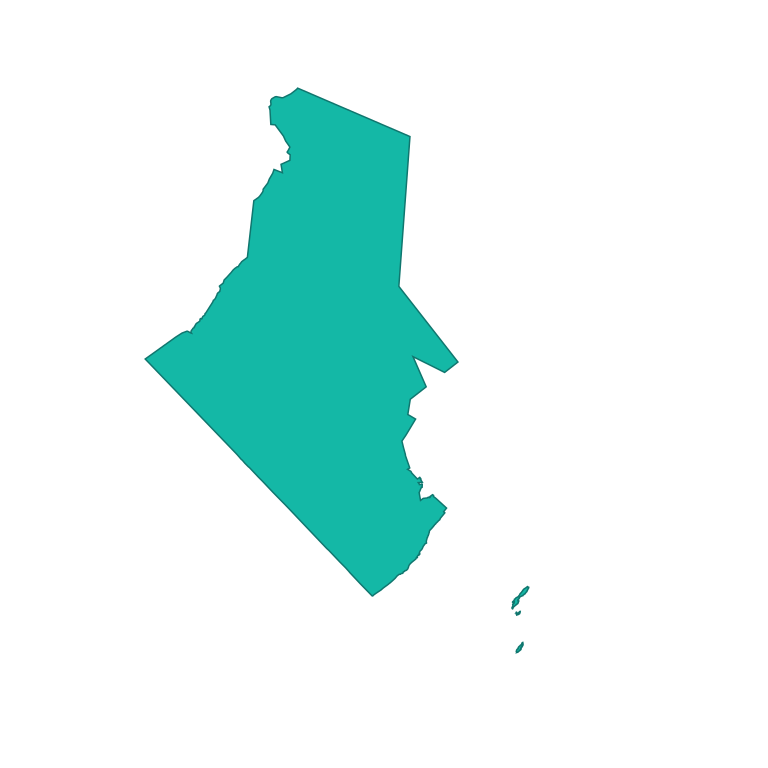 the district of Tijuana, Baja California, Mexico, rotated 232°
{"feature_id": "50627088B36536609271858", "entity_name": "Tijuana", "entity_type": "district", "adm_level": 2, "iso_a3": "MEX", "parent_name": "Mexico", "parent_adm1": "Baja California", "projection": "orthographic", "projection_center": [-117.002, 32.378], "detail": "fine", "context": "isolated", "style": "filled", "palette": "teal", "viewbox_px": 768, "rotation_deg": 232, "n_neighbors": 0, "source": "geoboundaries", "source_scale": "gbopen_adm2", "svg_char_len": 5959}
<svg xmlns="http://www.w3.org/2000/svg" viewBox="0 0 768 768"><g transform="rotate(232 384 384)"><path d="M563.0,556.8L670.3,498.1L670.0,496.6L670.0,489.2L671.7,481.0L671.9,480.5L672.4,479.8L676.8,476.0L677.0,475.6L677.3,475.1L677.8,471.8L677.8,471.0L677.3,469.6L676.7,468.8L674.2,467.3L673.7,466.8L673.4,466.2L673.2,465.5L673.2,464.1L670.0,462.8L658.2,454.6L655.2,457.8L641.3,457.4L636.0,456.1L628.6,455.7L626.8,451.7L626.6,450.8L626.3,450.4L625.3,450.4L622.4,451.2L618.2,447.6L620.5,438.1L613.0,434.0L620.8,429.4L618.6,426.1L616.1,419.8L613.9,416.2L611.9,408.7L610.6,407.6L610.0,406.5L608.7,402.3L608.3,400.0L608.6,394.3L567.9,354.3L567.9,350.7L568.0,350.0L568.0,347.1L567.4,345.1L567.3,344.2L566.2,341.3L566.7,340.6L566.8,339.7L566.8,338.6L566.9,337.8L566.7,335.2L565.9,332.0L565.7,330.6L564.9,326.2L564.4,322.1L562.5,319.4L562.5,314.9L562.5,314.7L562.0,314.3L560.9,314.3L560.2,314.0L559.0,312.9L558.9,312.5L558.0,311.6L558.1,310.7L558.0,310.1L558.1,309.4L557.6,307.8L557.1,307.4L556.7,306.5L555.5,304.3L555.1,303.2L554.9,302.0L555.0,301.0L554.5,300.5L554.4,300.1L554.1,299.7L550.0,288.2L549.7,287.4L549.7,286.4L548.8,285.5L548.6,284.3L548.8,283.3L548.6,282.5L548.2,281.7L547.5,280.7L547.5,280.4L548.3,280.1L548.4,279.9L548.3,279.5L548.4,279.0L547.2,277.9L547.0,277.5L547.0,275.6L547.2,274.3L547.1,272.8L546.6,271.6L546.2,271.2L546.2,270.5L545.7,269.9L545.8,269.5L545.3,269.1L545.5,268.2L545.5,267.7L544.9,266.2L544.9,265.5L544.4,264.5L543.9,264.1L543.6,263.7L542.6,263.6L543.3,263.1L546.3,261.8L546.9,261.3L548.5,256.2L549.2,248.6L550.7,211.2L418.8,224.8L412.4,225.1L411.3,225.4L407.0,225.6L402.0,226.2L401.9,226.3L401.0,226.5L387.9,227.7L382.1,228.4L367.2,229.8L346.7,232.1L289.6,237.6L286.8,238.1L271.1,239.6L262.7,240.6L257.0,241.0L256.9,240.9L241.4,242.3L224.9,244.1L224.3,244.2L223.9,244.7L224.1,245.7L224.0,248.8L223.6,253.9L223.5,254.5L223.7,258.0L223.6,261.3L223.5,262.3L223.6,263.0L223.5,263.6L223.6,265.7L223.5,266.3L224.0,273.0L224.7,276.2L224.7,278.7L224.0,279.8L224.0,281.0L223.5,281.7L223.4,282.7L223.9,283.2L224.0,283.8L223.8,284.3L223.7,285.0L224.0,285.5L223.5,286.6L223.4,287.2L223.6,288.7L224.4,290.2L225.7,292.0L225.9,293.0L226.2,293.9L226.4,296.3L226.5,301.3L226.7,301.8L227.2,302.5L227.3,303.2L226.7,303.3L226.7,303.5L227.5,303.8L228.0,304.9L228.0,305.3L227.7,305.7L228.0,305.9L227.9,306.2L228.1,306.2L228.3,306.6L228.3,306.9L227.9,307.0L227.9,307.3L228.2,307.3L228.3,307.5L228.6,307.2L228.7,307.3L228.9,307.7L228.9,308.1L229.5,308.3L230.1,309.5L230.3,311.6L230.7,312.7L231.1,313.5L231.9,314.9L232.8,318.0L232.7,318.6L232.5,319.3L232.5,319.6L233.8,320.3L234.6,321.2L236.4,323.6L236.4,323.9L237.2,325.0L237.3,325.6L237.8,326.1L238.0,326.6L238.5,327.2L239.3,328.4L239.9,328.9L240.4,329.8L240.6,330.2L240.5,330.6L240.7,331.6L240.8,332.9L241.2,333.7L241.2,334.8L241.3,335.3L241.6,335.6L241.6,336.3L241.9,337.2L242.0,338.0L241.9,338.4L242.2,339.0L242.4,341.0L242.4,341.4L242.6,342.1L242.7,343.1L242.7,344.4L243.5,345.8L245.0,352.6L246.6,352.3L247.7,356.9L261.9,354.5L264.0,354.0L264.8,353.7L265.7,354.5L266.9,354.1L267.0,351.4L266.8,351.4L266.9,350.2L266.7,350.2L267.0,349.9L266.7,349.7L267.6,348.8L267.6,347.9L269.7,344.5L269.8,341.1L276.9,344.9L277.1,345.5L279.2,349.1L279.2,349.7L279.6,350.0L279.2,350.5L281.5,352.5L281.8,352.2L281.5,352.0L282.9,350.0L283.2,350.2L285.2,350.3L283.0,353.7L286.5,354.1L286.3,354.5L286.7,354.7L288.4,354.7L288.4,354.2L288.6,351.8L297.1,351.0L297.3,351.2L298.6,351.4L302.3,350.0L302.0,352.6L314.3,356.8L315.4,357.5L322.1,360.3L328.0,363.0L330.2,369.8L336.9,387.3L345.3,384.0L355.8,395.3L355.8,415.5L387.7,423.7L355.8,438.9L355.8,455.8L451.8,455.8L563.0,556.8ZM131.5,352.1L131.2,351.6L131.3,351.2L131.2,351.2L131.1,350.8L131.3,350.4L131.1,349.7L130.7,349.6L130.0,349.1L129.3,348.0L129.1,347.3L128.2,346.7L127.6,346.9L127.6,347.1L128.3,348.1L128.5,348.7L128.5,349.2L128.6,350.0L128.6,352.2L128.7,352.3L128.6,353.0L128.7,353.4L128.6,353.8L128.8,353.9L128.8,354.8L129.0,354.9L129.2,355.4L129.3,355.5L129.5,355.8L129.8,356.3L130.0,356.7L130.3,356.6L130.4,356.1L130.5,356.0L130.8,356.0L131.5,356.5L131.7,357.8L131.6,358.1L131.8,358.3L132.0,359.0L132.3,359.3L132.5,360.0L132.1,362.3L131.9,362.9L131.7,363.0L132.0,363.8L131.9,364.5L132.1,365.2L131.8,365.6L131.9,366.0L132.4,367.9L132.4,368.6L132.7,369.0L132.9,369.2L132.8,369.5L133.4,370.4L133.4,370.6L133.6,370.9L133.7,371.2L133.8,371.2L134.1,372.0L134.4,372.4L134.3,372.5L134.6,372.8L134.9,372.4L135.2,372.5L135.4,372.4L135.8,372.5L136.1,372.3L136.0,371.7L136.1,370.6L136.0,370.1L136.3,368.6L136.2,367.4L136.0,366.9L136.0,366.4L135.6,365.6L135.6,365.2L135.2,364.1L135.0,362.2L134.4,361.1L134.1,359.9L133.9,359.7L133.9,358.6L133.7,358.4L134.2,356.8L134.2,356.1L133.9,355.4L134.1,354.3L133.6,353.9L133.6,353.7L133.3,353.0L133.2,351.5L133.0,351.0L132.7,351.0L132.5,351.6L132.1,352.5L131.8,352.2L131.2,352.3L131.5,352.1ZM91.3,323.6L90.9,323.2L90.9,323.5L90.3,324.0L90.2,324.4L90.4,325.0L90.3,326.0L90.6,327.0L90.6,327.6L90.4,327.6L90.5,328.0L90.4,328.3L90.7,328.8L90.8,328.9L90.9,328.7L91.2,329.0L91.3,328.8L91.7,329.5L91.7,329.8L91.9,329.7L92.0,329.9L91.9,330.1L92.1,330.4L92.0,330.6L92.1,330.8L92.0,331.2L92.2,331.3L92.3,332.0L92.5,332.2L92.7,332.8L92.8,332.8L92.9,332.6L93.1,333.2L93.5,333.3L94.1,333.9L94.4,333.7L94.7,334.1L94.9,334.2L95.0,333.5L94.6,333.3L94.7,332.9L94.3,332.2L94.1,331.4L94.2,330.5L94.0,330.0L94.0,328.7L93.8,327.9L93.3,326.9L92.9,326.8L92.9,326.5L92.8,326.4L93.0,325.7L92.9,325.3L92.8,325.1L92.7,324.7L92.1,324.0L92.0,323.7L91.7,323.5L91.3,323.6ZM120.8,347.6L120.6,346.7L120.2,346.4L119.6,348.1L119.6,348.8L119.8,348.7L119.5,349.0L119.5,349.4L119.8,349.4L119.9,349.8L120.1,349.6L120.6,351.0L120.8,351.0L121.0,351.3L121.1,351.2L121.0,350.9L120.9,350.4L121.1,350.3L121.0,349.9L120.8,349.8L121.0,348.9L120.9,348.4L121.1,347.7L121.4,347.6L122.5,348.0L122.7,347.9L122.7,347.7L122.4,347.6L122.3,347.1L122.0,347.5L121.4,347.5L121.3,346.9L121.1,346.7L121.0,346.9L121.2,347.4L120.8,347.6Z" fill="#14b8a6" stroke="#0f766e" stroke-width="1.5"/></g></svg>